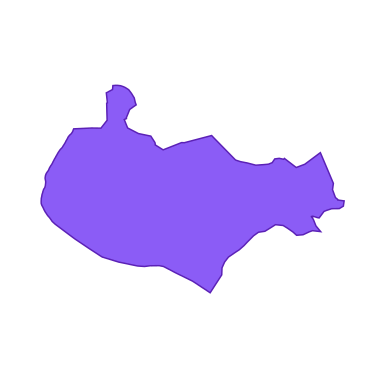 Kharif, Amran, Yemen, rotated 124°
{"feature_id": "15242507B34039766657612", "entity_name": "Kharif", "entity_type": "district", "adm_level": 2, "iso_a3": "YEM", "parent_name": "Yemen", "parent_adm1": "Amran", "projection": "natural_earth1", "projection_center": [44.1, 15.855], "detail": "fine", "context": "isolated", "style": "filled", "palette": "violet", "viewbox_px": 384, "rotation_deg": 124, "n_neighbors": 0, "source": "geoboundaries", "source_scale": "gbopen_adm2", "svg_char_len": 2883}
<svg xmlns="http://www.w3.org/2000/svg" viewBox="0 0 384 384"><g transform="rotate(124 192 192)"><path d="M265.3,120.6L244.1,121.0L238.1,124.7L231.8,125.8L225.6,125.4L219.2,122.9L216.3,121.7L213.5,120.5L207.3,118.9L202.9,118.2L200.3,117.7L193.9,116.5L188.2,114.4L183.8,109.6L178.3,107.1L172.4,104.5L169.0,98.1L168.8,97.8L168.6,92.7L168.7,85.9L169.4,81.1L165.3,76.0L159.6,72.6L156.7,70.5L152.9,63.2L150.8,70.3L146.9,76.0L146.3,77.5L146.1,77.9L145.8,79.1L145.5,79.3L145.2,79.0L145.0,78.8L144.8,78.6L145.3,78.4L145.2,77.9L144.5,77.9L143.9,76.5L143.2,73.9L142.4,72.1L134.3,71.7L132.2,70.3L127.7,66.8L123.4,60.6L119.1,58.6L114.3,60.9L117.1,66.6L116.7,66.9L116.4,70.0L111.5,76.8L105.8,79.6L87.6,107.6L105.9,114.0L113.4,119.3L112.5,134.2L113.6,134.3L115.3,138.5L118.3,141.9L122.8,141.9L126.2,144.2L128.5,147.0L129.3,148.0L134.1,154.1L135.6,158.4L136.2,160.1L137.1,162.6L139.7,168.7L141.0,173.2L141.1,174.0L135.0,203.7L134.2,207.3L155.4,225.9L156.9,228.3L173.2,239.5L173.5,248.7L173.5,248.8L173.3,248.8L171.7,250.4L168.7,257.4L173.5,269.1L174.4,276.8L174.9,281.2L169.8,288.7L167.8,287.4L167.4,287.9L158.4,289.8L153.8,288.1L151.0,287.0L149.4,289.2L146.3,292.5L144.1,297.3L142.6,301.7L142.7,305.6L143.0,307.6L143.8,310.6L145.2,313.3L146.3,315.0L148.0,317.1L151.5,315.2L157.7,318.5L165.4,312.0L166.1,312.4L180.0,302.5L190.0,303.2L195.1,311.0L205.8,325.4L206.9,325.2L207.9,324.9L209.0,324.7L210.1,324.7L211.0,324.7L212.0,324.9L213.1,325.2L214.0,325.3L215.0,325.4L215.9,325.4L217.1,325.2L218.2,325.1L219.3,325.0L220.3,325.0L221.7,324.7L222.8,324.7L223.8,324.6L224.9,324.6L225.9,324.6L226.9,324.5L227.9,324.5L229.0,324.7L229.5,324.8L229.9,324.9L230.9,325.0L231.9,325.0L233.2,325.0L234.4,325.0L235.4,324.9L236.6,324.8L237.7,324.7L238.7,324.7L239.6,324.5L240.8,324.5L242.0,324.4L243.3,324.2L244.7,324.1L245.7,323.9L246.9,323.8L247.9,323.7L248.9,323.8L249.9,323.7L250.9,323.7L251.8,323.6L252.9,323.4L253.8,323.2L254.8,323.1L255.8,323.2L256.9,323.2L258.1,323.2L259.0,323.0L260.0,322.8L260.9,322.4L261.8,322.0L262.7,321.5L263.4,320.9L264.3,320.0L265.1,319.2L266.0,318.6L266.9,318.1L267.9,317.6L268.6,317.2L269.8,316.8L270.7,316.5L271.7,316.5L272.8,316.5L274.0,316.1L274.9,315.9L275.9,315.5L276.9,315.2L278.0,314.9L278.9,314.5L279.0,314.4L280.0,314.0L281.0,313.6L281.9,313.2L282.8,312.6L283.7,312.1L284.7,311.4L285.7,310.7L286.4,309.9L287.1,308.9L287.7,307.7L288.3,306.6L289.1,305.3L289.7,304.3L290.2,303.3L290.7,302.3L291.2,301.0L291.6,300.1L292.0,299.1L292.4,298.0L292.7,296.7L293.0,295.6L293.4,294.5L293.8,293.4L294.3,292.2L294.6,291.4L295.2,287.5L296.0,271.6L296.3,265.0L296.4,262.8L296.4,259.7L296.4,248.2L296.4,245.2L296.3,239.9L296.2,232.6L296.1,230.0L291.1,213.6L287.1,203.9L286.9,203.3L283.8,195.8L280.3,189.7L276.5,185.4L275.5,183.9L271.4,178.0L269.7,174.0L269.4,171.6L268.2,160.6L265.6,141.7L265.4,122.6L265.4,120.6L265.3,120.6Z" fill="#8b5cf6" stroke="#5b21b6" stroke-width="1.5"/></g></svg>